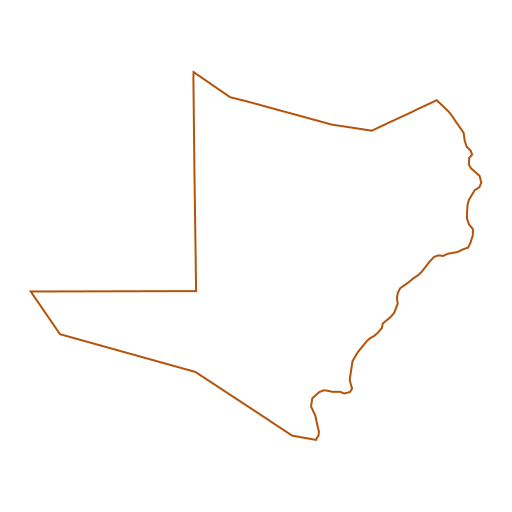 Carnaubais, Rio Grande do Norte, Brazil (Mercator projection)
{"feature_id": "56859067B9950716066401", "entity_name": "Carnaubais", "entity_type": "district", "adm_level": 2, "iso_a3": "BRA", "parent_name": "Brazil", "parent_adm1": "Rio Grande do Norte", "projection": "mercator", "projection_center": [-36.795, -5.268], "detail": "fine", "context": "isolated", "style": "outline", "palette": "amber", "viewbox_px": 512, "rotation_deg": 0, "n_neighbors": 0, "source": "geoboundaries", "source_scale": "gbopen_adm2", "svg_char_len": 1202}
<svg xmlns="http://www.w3.org/2000/svg" viewBox="0 0 512 512"><path d="M315.9,439.9L318.6,435.3L318.9,431.5L317.3,425.0L315.3,415.7L311.0,406.4L312.3,398.3L319.1,392.2L323.7,390.3L327.7,390.7L332.1,391.8L340.1,391.8L344.1,393.5L349.9,392.1L352.1,388.6L350.7,384.0L349.7,379.6L352.5,361.2L357.5,352.6L362.8,346.0L367.1,340.7L370.1,338.2L373.7,336.3L377.9,332.7L381.9,327.9L382.7,323.6L390.7,316.9L394.3,312.7L397.7,303.6L396.9,298.0L397.8,292.9L400.2,288.2L405.4,284.6L409.2,281.8L413.0,278.6L418.5,274.9L421.6,271.9L429.8,261.4L434.2,256.8L438.6,255.4L443.3,255.9L447.5,253.8L457.3,252.1L462.6,249.5L468.1,247.6L470.4,242.8L472.8,235.4L472.9,229.1L468.9,224.3L467.0,218.5L467.0,213.4L467.6,204.6L468.9,199.9L474.7,190.2L479.2,187.4L481.3,182.7L479.6,175.9L474.7,171.5L471.0,168.4L468.9,164.5L469.2,157.8L472.1,154.6L470.6,150.6L466.6,146.6L464.7,140.6L463.6,132.8L455.4,121.0L452.1,116.0L449.1,112.1L436.7,100.2L416.8,109.5L411.9,112.0L388.7,122.7L371.8,130.7L331.8,124.6L246.2,101.2L230.1,97.2L193.6,72.1L193.4,77.8L194.4,170.0L195.1,218.1L196.1,291.1L30.7,291.5L60.0,334.2L195.5,372.0L201.4,375.9L268.4,419.9L272.8,422.9L292.1,435.6L315.9,439.9Z" fill="none" stroke="#b45309" stroke-width="2"/></svg>